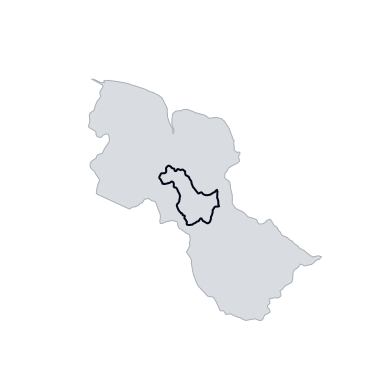 VIII-2 Lower Potaro/Ladsm, Potaro-Siparuni, Guyana shown in context, rotated 333°
{"feature_id": "73187651B19999842805850", "entity_name": "VIII-2 Lower Potaro/Ladsm", "entity_type": "district", "adm_level": 2, "iso_a3": "GUY", "parent_name": "Guyana", "parent_adm1": "Potaro-Siparuni", "projection": "robinson", "projection_center": [-59.037, 4.863], "detail": "fine", "context": "in_parent", "style": "outline", "palette": "ink", "viewbox_px": 384, "rotation_deg": 333, "n_neighbors": 0, "source": "geoboundaries", "source_scale": "gbopen_adm2", "svg_char_len": 9626}
<svg xmlns="http://www.w3.org/2000/svg" viewBox="0 0 384 384"><g transform="rotate(333 192 192)"><path d="M128.7,179.0L121.3,169.7L113.9,160.3L106.5,151.0L106.1,149.8L109.1,145.4L111.9,142.2L114.2,140.4L115.2,138.8L114.4,132.1L114.5,129.6L113.4,127.0L112.6,124.0L113.6,121.5L114.7,119.8L116.1,119.1L119.5,118.5L121.9,118.3L122.8,117.3L124.2,116.1L126.0,116.1L129.6,116.9L131.3,115.4L134.3,113.3L140.9,109.8L142.4,107.5L143.5,104.0L143.4,102.3L142.7,101.7L141.0,101.1L138.5,101.0L136.5,102.0L134.4,101.5L132.6,99.3L132.5,97.5L133.6,94.9L133.0,93.2L129.6,87.9L129.6,86.4L132.1,84.0L133.4,81.9L135.3,77.0L136.8,75.4L141.5,74.8L142.7,73.8L145.0,71.2L148.5,68.2L153.6,65.8L155.1,61.5L156.0,60.4L160.1,58.1L160.8,56.9L160.7,55.8L154.2,46.2L155.5,46.8L160.5,53.1L163.3,54.5L163.9,54.5L163.9,52.9L166.4,53.6L173.1,57.9L182.7,65.0L196.3,78.5L200.2,83.6L202.8,86.0L206.8,91.9L208.0,94.7L207.9,106.1L204.3,113.9L203.4,119.7L203.2,127.4L201.2,131.8L203.9,129.4L204.8,122.5L207.1,118.2L210.2,113.6L214.3,112.5L218.7,114.4L222.2,114.8L225.3,116.2L231.9,123.6L238.4,129.5L240.8,134.2L247.7,136.6L251.7,140.3L253.0,143.5L253.9,151.9L252.5,164.6L252.9,165.3L251.1,167.8L250.7,169.4L249.5,172.2L248.6,173.7L250.0,177.3L251.5,177.4L252.1,177.9L252.5,178.5L252.4,179.3L251.8,180.0L250.3,180.8L248.9,182.8L249.0,185.1L248.2,186.2L245.3,186.9L239.8,186.9L237.0,187.0L234.9,187.4L233.4,188.9L231.6,189.9L230.2,190.1L228.9,191.8L227.6,194.2L228.1,195.8L229.4,198.0L230.1,200.2L229.1,203.8L228.0,206.6L227.4,208.8L226.5,212.9L224.4,217.4L222.8,219.9L222.8,222.7L223.6,226.7L228.0,232.4L229.4,235.2L230.6,239.6L234.5,243.1L237.0,245.9L236.8,249.6L237.1,250.8L238.7,251.7L240.5,252.4L242.6,252.4L244.4,252.1L244.9,251.5L249.1,251.5L249.6,252.4L249.9,257.8L250.1,259.9L251.1,260.8L251.7,262.1L251.7,263.3L251.9,266.3L252.5,267.9L252.4,271.1L252.9,272.3L254.1,273.1L255.6,275.3L256.1,275.6L256.4,276.4L257.7,279.7L258.3,280.7L258.8,280.8L259.0,282.0L259.9,285.0L260.5,285.8L261.7,288.0L262.2,290.4L263.8,293.2L265.4,295.1L266.1,297.1L268.2,301.6L270.2,304.7L272.9,305.5L275.1,305.9L276.6,307.1L277.9,308.4L276.4,309.0L275.1,309.8L273.3,309.2L270.7,309.5L268.0,310.4L265.5,310.8L260.9,309.5L259.5,309.3L258.5,308.7L256.6,305.9L255.6,305.6L253.2,306.9L250.2,307.8L248.7,307.6L247.0,308.5L245.4,309.7L242.3,315.1L240.7,317.0L239.0,317.9L235.6,317.9L231.9,318.0L229.2,319.3L226.7,320.0L225.4,320.1L224.9,323.0L224.4,324.4L223.6,325.2L221.6,325.4L219.8,325.3L218.7,324.1L216.7,323.5L214.9,323.0L213.8,322.3L212.8,322.5L212.1,323.7L211.4,324.8L210.9,326.7L208.2,327.3L207.0,328.4L207.7,332.0L207.4,333.4L206.8,334.5L203.6,334.7L200.8,334.7L199.2,336.0L197.2,337.6L196.0,337.8L194.5,337.7L192.6,335.9L190.8,333.7L186.2,332.2L181.6,330.9L178.6,327.4L177.9,325.7L176.5,324.9L172.9,320.7L171.0,318.0L168.8,317.3L166.4,316.2L166.5,314.3L166.3,312.4L165.2,311.6L163.8,311.1L163.2,310.1L163.4,307.6L163.7,301.3L163.3,295.3L160.0,293.1L158.6,291.7L156.1,282.8L154.9,278.7L154.8,275.7L155.7,266.8L156.6,263.0L159.1,255.2L160.6,252.6L160.7,250.6L160.5,248.1L159.8,243.1L164.1,240.0L165.9,238.7L166.2,236.6L168.6,233.9L169.6,231.4L170.4,229.4L170.2,228.3L169.2,227.7L168.0,225.8L165.5,220.4L164.6,219.3L163.9,217.7L164.2,215.3L165.2,212.7L165.1,211.6L163.6,210.2L160.5,207.9L158.0,207.7L156.0,206.8L153.1,206.7L150.8,206.5L149.5,205.6L149.8,204.1L150.3,203.0L152.3,200.3L153.6,197.3L153.8,194.5L154.2,190.7L154.7,187.5L155.0,183.8L152.0,181.3L151.0,179.3L149.7,177.6L148.4,177.6L146.3,176.8L143.0,179.1L140.4,178.7L138.6,179.6L134.5,179.4L131.9,178.3L128.7,179.0Z" fill="#d9dde1" stroke="#a8b0b8" stroke-width="1"/><path d="M195.2,170.3L194.8,169.9L194.6,169.4L194.4,168.7L194.3,168.3L194.1,168.1L193.9,167.8L193.6,167.7L193.2,167.5L192.9,167.4L192.6,167.4L192.3,167.4L191.9,167.4L191.6,167.1L191.4,166.9L191.2,166.7L190.8,166.2L190.4,165.6L190.1,165.3L189.7,165.2L189.4,165.1L189.0,165.2L188.7,165.4L188.4,165.7L187.6,166.0L187.3,166.1L187.0,166.0L186.7,165.8L186.4,165.6L186.3,165.1L186.4,164.6L186.4,164.1L186.6,163.7L186.7,163.3L186.6,163.0L186.2,162.7L185.8,162.4L185.5,162.1L185.3,161.8L185.0,161.5L184.8,161.3L184.7,160.9L184.7,160.5L184.8,160.1L184.6,159.8L184.4,159.4L184.1,159.1L183.8,158.8L183.7,158.5L183.5,158.2L183.1,158.0L182.8,157.9L182.5,157.9L182.1,157.9L181.7,158.1L181.3,158.2L180.9,158.4L180.5,158.5L180.0,158.7L179.8,158.9L179.3,159.6L179.3,159.9L179.2,160.3L178.9,160.6L178.8,161.0L178.7,161.4L178.5,161.7L178.4,162.0L178.1,162.3L177.8,162.5L177.5,162.7L177.2,162.8L176.8,162.9L176.4,162.8L176.1,162.8L175.7,162.7L175.3,162.5L174.1,161.8L173.7,161.6L173.3,161.6L172.9,161.6L172.5,161.7L172.2,161.9L171.9,162.2L171.6,162.4L171.3,162.6L170.7,163.0L170.4,163.2L169.8,163.7L169.6,164.0L169.4,164.3L169.3,164.7L169.2,165.1L169.4,165.7L169.5,166.1L169.7,166.4L169.8,166.8L169.8,167.1L169.8,167.5L169.6,168.2L169.7,168.7L169.7,169.1L169.9,169.5L169.9,169.9L169.9,170.3L169.9,170.6L169.5,171.0L169.9,171.4L170.2,171.9L170.5,172.0L170.9,172.2L171.2,172.4L171.6,172.5L172.0,172.7L172.7,172.9L173.1,173.0L173.9,173.1L174.7,173.3L175.1,173.5L175.6,173.6L176.0,173.6L176.7,173.6L177.0,173.6L177.4,173.6L177.8,173.5L178.2,173.4L178.6,173.4L178.9,173.6L179.1,173.8L179.4,174.2L179.6,174.6L179.7,174.9L179.7,175.3L179.6,175.7L179.6,176.1L179.5,176.4L179.4,176.8L179.1,177.2L178.9,177.5L178.7,177.9L178.4,178.3L178.3,178.7L178.2,179.2L178.3,179.6L178.4,179.9L178.7,180.1L179.0,180.3L179.3,180.5L179.6,180.7L179.8,181.1L179.9,181.5L179.9,181.9L180.0,182.2L180.1,182.7L180.1,183.1L179.9,184.1L179.9,184.5L179.9,184.9L179.9,185.4L179.8,186.3L179.9,186.7L179.9,187.2L179.9,188.1L179.8,188.6L179.8,188.9L179.7,189.4L179.6,189.8L179.6,190.2L179.3,190.4L179.0,190.8L178.7,191.2L178.4,191.6L178.2,191.9L178.0,192.3L177.8,192.6L177.5,192.9L177.2,193.2L177.0,193.6L176.8,193.9L176.6,194.3L176.2,194.7L175.8,194.9L175.5,195.1L175.1,195.4L174.6,195.7L174.2,195.8L173.7,195.9L173.3,196.1L173.0,196.4L172.7,196.6L172.4,196.9L172.3,197.3L172.2,197.8L172.1,198.1L172.0,198.7L172.0,199.2L171.9,199.6L171.9,200.0L171.9,200.4L171.9,200.8L171.8,201.2L171.8,201.6L171.9,202.3L172.0,203.5L172.1,203.9L172.4,204.7L172.6,205.4L172.8,205.7L172.7,206.0L173.1,206.2L173.3,206.5L173.5,206.8L173.5,207.2L173.4,207.5L173.3,207.9L173.2,208.4L173.4,208.7L173.7,208.9L174.0,209.0L174.5,209.6L174.7,210.0L174.6,210.3L174.3,210.7L174.1,210.9L173.9,211.1L173.6,211.4L173.4,211.7L173.3,212.0L173.3,212.3L173.5,212.8L173.6,213.1L173.7,213.7L173.8,214.1L173.6,214.5L173.6,214.9L173.8,215.2L173.9,215.6L173.9,216.1L173.9,216.4L173.6,216.8L173.4,217.1L173.1,217.4L172.9,217.7L172.7,218.1L172.7,218.5L172.8,218.9L173.1,219.2L173.4,219.4L174.0,219.9L174.4,220.1L174.7,220.2L175.3,220.5L175.9,220.6L176.3,220.7L176.6,220.9L176.9,221.0L177.3,221.2L177.6,221.2L178.0,221.1L178.4,221.0L179.0,220.9L180.6,221.0L181.0,221.0L181.4,221.0L181.7,220.9L182.0,220.8L182.3,220.7L182.6,220.7L183.0,220.6L183.6,220.8L183.9,220.8L184.3,220.9L184.7,220.9L185.1,220.8L185.4,220.7L185.7,220.4L185.9,220.2L186.5,219.9L186.8,219.7L187.5,219.6L187.8,219.5L188.2,219.7L188.4,220.0L188.4,220.5L188.5,220.8L188.5,221.7L188.6,222.1L188.6,222.6L188.7,222.9L188.9,223.3L189.2,223.6L189.5,223.9L189.7,224.1L190.1,224.9L190.8,226.0L191.0,226.3L191.2,226.6L191.6,226.8L191.9,227.1L192.2,227.1L192.6,227.0L192.9,227.1L193.5,227.0L193.9,226.9L194.2,226.7L194.5,226.4L194.8,226.3L195.1,226.1L195.7,225.5L196.0,225.2L196.5,224.7L196.7,224.4L196.9,224.1L197.0,223.8L197.4,223.2L197.6,222.9L197.9,222.6L198.3,222.4L198.5,222.2L199.2,221.6L199.5,221.3L199.7,221.0L200.0,220.8L200.3,220.5L200.5,220.2L200.8,219.9L201.1,219.6L201.3,219.3L201.4,218.9L201.6,218.6L201.8,218.2L202.2,217.5L202.5,217.3L202.9,217.2L203.6,216.8L203.8,216.6L204.1,216.4L204.4,216.2L204.7,216.0L205.1,215.8L205.4,215.7L205.8,215.6L206.5,215.8L206.8,215.9L207.2,216.1L207.6,216.3L207.9,216.4L208.3,216.6L208.6,216.7L209.0,216.9L209.4,217.0L209.7,216.8L209.7,216.6L209.7,216.3L209.8,215.9L209.8,215.6L209.8,215.2L209.9,214.8L210.1,214.4L210.4,214.1L210.5,213.7L210.6,213.3L210.8,213.0L211.0,212.5L211.2,212.2L211.4,211.8L211.4,211.4L211.4,211.0L211.5,210.6L211.8,209.7L211.7,209.2L211.7,208.8L211.9,208.4L212.1,208.0L212.5,207.2L212.8,206.8L213.2,206.1L213.5,205.6L213.7,205.2L213.9,204.8L214.1,204.5L214.5,203.7L214.8,203.4L214.9,203.1L215.0,202.7L215.1,202.1L215.1,201.5L214.6,201.5L214.3,201.6L214.0,201.6L213.7,201.8L213.3,201.9L212.9,202.1L212.6,202.3L212.2,202.4L211.8,202.4L211.5,202.3L211.1,202.2L210.8,202.2L210.4,202.3L210.1,202.3L209.7,202.3L209.4,202.4L208.8,202.5L208.4,202.5L208.0,202.5L207.5,202.6L207.2,202.6L206.8,202.6L206.5,202.5L206.3,202.4L205.9,202.3L205.6,202.2L205.3,202.1L204.6,202.0L204.2,201.8L203.9,201.6L203.1,201.2L202.8,201.0L202.5,200.8L202.2,200.5L201.7,200.0L201.3,199.4L201.1,199.0L200.8,198.6L200.7,198.2L200.7,197.7L200.6,197.3L200.5,197.0L200.3,196.7L200.1,196.6L199.7,196.4L199.3,196.4L198.6,196.3L198.3,196.4L197.9,196.4L197.5,196.4L197.1,196.2L196.8,195.9L196.7,195.5L196.6,195.1L196.5,194.2L196.4,193.8L196.2,193.4L196.2,193.0L196.2,192.7L196.1,192.3L196.0,192.0L195.9,191.4L195.8,190.8L195.7,190.3L195.6,189.7L195.5,189.1L195.3,188.7L195.2,188.2L195.2,187.9L195.2,187.5L195.2,187.0L195.4,186.5L195.4,186.1L195.4,185.8L195.4,185.1L195.4,184.7L195.6,184.2L195.7,183.7L195.8,183.3L196.0,183.0L196.1,182.7L196.1,182.2L196.2,181.9L196.2,181.5L196.1,181.1L196.0,180.7L196.0,180.2L195.9,179.7L195.9,179.2L195.9,178.6L195.9,178.3L195.9,178.0L195.8,177.5L196.0,177.2L196.0,176.8L195.8,176.5L195.5,176.2L195.2,175.9L195.1,175.5L194.9,175.1L194.5,174.8L194.2,174.5L194.1,174.1L194.1,173.3L194.2,172.9L194.3,172.5L194.4,172.1L194.6,171.8L194.8,171.5L195.0,171.1L195.0,170.7L195.2,170.3Z" fill="none" stroke="#020617" stroke-width="2"/></g></svg>